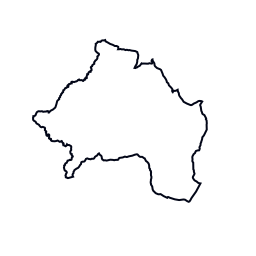 the district of Pupiales, Nariño, Colombia, rotated 117°
{"feature_id": "7082276B22938058716201", "entity_name": "Pupiales", "entity_type": "district", "adm_level": 2, "iso_a3": "COL", "parent_name": "Colombia", "parent_adm1": "Nariño", "projection": "albers", "projection_center": [-77.621, 0.918], "detail": "fine", "context": "isolated", "style": "outline", "palette": "ink", "viewbox_px": 256, "rotation_deg": 117, "n_neighbors": 0, "source": "geoboundaries", "source_scale": "gbopen_adm2", "svg_char_len": 5875}
<svg xmlns="http://www.w3.org/2000/svg" viewBox="0 0 256 256"><g transform="rotate(117 128 128)"><path d="M172.4,61.4L171.6,61.3L171.2,60.7L171.2,59.3L170.3,53.9L169.0,49.7L166.5,46.1L166.2,45.3L166.0,44.5L166.3,42.0L166.2,40.4L165.5,39.9L164.4,39.7L161.4,39.6L153.8,38.5L144.5,38.3L144.9,39.6L145.0,40.7L144.5,42.6L144.5,44.5L144.1,45.8L143.0,47.5L142.4,47.9L141.6,48.0L139.2,47.9L138.5,48.0L137.1,49.4L135.7,50.2L135.2,51.0L129.2,54.2L128.7,55.2L128.2,55.7L126.4,56.4L125.1,57.3L124.0,57.7L122.5,57.6L121.8,57.7L119.7,56.9L118.5,57.1L117.6,57.0L116.4,55.8L115.6,54.5L115.0,54.5L113.8,54.7L112.7,55.6L110.3,55.6L108.9,56.3L107.5,56.3L106.7,56.6L106.0,56.6L104.0,57.0L102.7,57.5L102.0,57.5L101.3,57.2L99.6,57.0L93.7,57.1L89.3,59.5L88.1,59.9L85.6,61.4L84.7,62.7L84.0,62.7L81.8,65.8L81.7,67.7L81.4,68.4L80.5,69.1L79.4,70.5L76.1,72.8L75.0,74.0L74.6,74.2L73.8,74.2L70.7,73.9L70.7,74.7L71.3,76.4L72.1,77.5L74.1,78.6L76.3,80.4L78.2,81.4L79.0,82.2L79.2,83.0L79.5,86.7L79.4,90.3L77.8,93.0L77.4,94.2L76.0,96.8L75.2,97.7L73.9,98.5L72.8,100.1L71.4,101.1L73.0,102.2L73.8,103.3L74.0,104.1L74.3,104.3L75.7,104.4L75.4,105.1L74.7,105.6L73.6,105.8L73.3,106.1L72.5,107.6L71.4,110.9L69.9,112.4L69.5,114.2L68.5,115.0L67.5,116.2L66.2,118.4L65.5,120.2L65.1,120.7L64.1,121.6L61.3,124.9L61.1,126.1L61.4,129.3L61.1,130.5L60.7,131.9L60.1,132.7L58.4,133.9L56.9,136.4L56.3,137.0L55.8,137.3L56.0,137.5L56.7,137.6L57.4,137.5L57.7,137.4L58.0,136.4L58.3,136.1L59.3,135.9L59.8,136.0L60.6,138.4L61.6,139.3L63.4,143.2L64.2,144.5L64.2,145.2L67.3,145.8L68.7,146.9L70.1,147.6L70.7,148.5L71.2,148.6L71.5,149.4L69.8,149.5L67.1,149.3L64.9,149.8L63.0,150.7L61.8,150.7L61.3,150.8L58.5,151.9L58.0,152.3L57.1,153.4L56.2,154.1L56.1,154.4L56.2,156.6L57.4,159.9L57.9,162.1L58.5,162.9L58.8,164.5L59.7,165.6L59.8,167.4L60.8,169.3L61.0,170.6L61.7,171.4L62.3,172.5L62.0,172.5L60.1,173.6L60.1,175.3L60.9,176.9L60.8,179.3L61.2,182.1L61.0,184.9L61.0,187.2L60.0,188.3L60.7,188.9L61.6,190.6L62.3,191.3L63.1,191.3L63.9,191.8L64.0,192.6L64.6,193.3L64.8,194.0L66.4,194.3L67.7,195.0L68.5,194.4L71.0,193.7L73.3,192.6L74.1,191.8L74.4,191.0L74.9,189.4L75.0,187.8L75.3,187.5L75.8,187.2L77.0,187.3L78.2,187.8L79.5,187.0L80.6,186.9L82.1,187.3L82.8,187.8L83.7,187.7L84.8,188.0L86.1,187.2L87.9,188.2L88.4,188.3L89.3,188.0L90.0,188.5L90.6,188.7L91.1,188.5L91.7,187.6L92.6,186.9L93.2,186.7L94.1,187.3L94.9,186.8L95.1,187.0L95.5,188.0L96.3,188.3L96.7,188.3L98.2,187.9L98.5,188.6L98.9,188.3L99.5,188.6L100.6,188.2L101.2,188.3L101.9,187.5L102.3,187.4L102.5,187.6L102.6,188.3L102.9,188.7L103.6,188.7L104.4,188.2L104.7,188.4L104.9,189.1L106.3,189.2L106.5,189.4L106.3,190.9L107.3,192.6L107.0,193.6L107.8,194.0L108.1,194.4L108.7,194.4L109.9,195.1L110.2,195.6L111.5,196.8L112.1,198.8L112.6,199.3L113.2,199.2L113.5,198.5L113.8,198.4L114.2,199.1L114.8,199.4L115.3,200.2L115.8,200.6L116.6,200.4L117.0,201.0L117.5,201.1L117.8,200.9L118.1,200.0L118.5,199.9L118.8,200.3L118.7,200.9L119.3,200.7L119.6,201.0L120.2,201.1L120.5,201.7L121.2,202.1L122.9,202.1L123.8,202.8L125.4,202.1L125.8,202.2L126.3,202.7L127.2,202.5L128.1,203.0L129.1,202.6L130.3,203.0L131.3,202.5L132.8,203.0L133.6,202.4L135.5,203.2L136.2,203.3L139.3,202.6L142.4,202.1L143.1,202.2L145.9,203.4L147.1,204.4L148.4,205.0L150.2,205.5L150.3,205.8L149.3,206.6L149.6,207.7L150.6,208.5L151.0,209.4L152.1,211.0L152.0,211.7L152.2,212.4L153.0,213.6L153.6,215.2L154.1,215.7L154.9,216.2L155.5,216.4L156.7,216.4L158.7,216.2L159.3,216.5L160.5,217.7L160.9,217.2L161.9,217.3L163.8,216.2L164.3,214.9L164.3,213.5L164.7,212.6L165.4,211.8L165.5,211.3L165.5,209.7L165.6,208.7L166.0,208.1L166.7,206.4L166.6,205.4L165.7,204.5L165.5,202.3L165.9,201.8L167.6,201.1L168.2,199.3L168.5,199.1L169.1,199.3L169.4,199.1L169.8,198.5L171.1,197.7L171.6,197.2L171.7,196.4L171.3,196.3L170.0,196.2L169.7,195.8L169.8,195.3L170.1,194.9L171.3,194.5L172.0,193.9L172.6,194.0L173.1,193.7L173.3,192.9L172.7,191.7L173.1,191.3L173.9,191.1L174.2,190.3L174.0,189.4L173.2,187.5L172.4,186.3L171.1,185.0L171.3,182.6L170.9,182.0L170.0,181.5L169.7,181.2L169.8,180.9L170.7,180.0L170.8,178.9L171.0,178.4L171.3,178.3L171.6,178.6L172.7,177.8L172.4,177.2L172.6,176.8L172.6,175.3L172.0,175.0L170.2,175.0L170.6,173.9L169.9,172.9L170.0,170.6L170.5,170.0L172.3,169.3L173.4,168.6L174.9,168.8L175.5,168.6L176.8,167.6L177.0,167.0L176.8,166.3L177.7,165.9L177.9,165.0L178.4,164.3L178.6,164.2L179.5,164.7L181.8,164.0L182.5,164.4L182.9,165.6L184.0,166.2L184.5,167.0L186.8,166.8L187.5,167.4L188.1,167.7L188.6,167.7L189.4,167.3L190.4,167.9L191.3,167.3L192.4,167.1L194.3,165.4L194.6,164.8L194.5,164.1L194.8,163.0L195.3,162.4L195.8,162.3L197.2,162.4L197.7,162.2L198.6,162.2L199.2,161.5L199.9,161.3L200.1,161.0L200.2,160.5L199.9,159.8L200.0,159.1L199.7,158.5L196.3,154.8L195.7,155.6L194.8,156.2L193.8,156.3L193.0,156.1L191.5,156.7L190.6,156.5L189.8,156.6L187.5,155.4L186.4,154.5L184.9,154.0L182.8,153.9L181.5,153.5L180.0,154.0L179.5,154.0L178.6,153.2L178.2,152.4L177.6,151.7L177.0,151.5L174.6,151.4L173.6,150.5L173.4,148.7L173.0,147.9L172.8,147.0L172.0,146.5L171.0,144.7L170.4,144.4L168.6,144.3L167.0,143.4L166.5,143.0L164.9,142.9L163.8,142.3L164.6,141.1L164.9,139.2L165.7,138.3L166.8,137.6L167.7,136.6L167.7,135.7L167.9,135.3L167.9,134.9L167.2,133.9L166.7,132.2L164.3,129.4L163.2,126.8L163.0,125.7L162.3,125.0L161.0,122.6L160.5,122.3L159.3,122.4L158.5,122.0L156.6,119.3L154.9,117.8L154.5,116.1L154.1,115.5L152.9,114.4L150.7,111.6L148.7,109.8L147.5,108.3L147.3,107.8L147.3,107.3L148.0,105.7L148.2,104.3L148.1,103.8L147.3,102.3L147.4,101.0L147.6,100.2L147.5,99.3L149.2,97.1L149.5,95.4L150.2,93.7L150.5,93.3L151.7,92.2L154.0,90.9L154.5,89.8L155.4,89.4L156.1,87.9L156.7,87.7L157.4,87.1L158.4,86.8L159.9,85.9L160.8,85.0L162.1,84.4L163.7,84.1L164.7,83.6L165.8,83.3L166.8,82.7L167.4,82.0L168.0,81.8L169.1,79.9L171.7,78.0L172.7,76.5L172.8,75.6L173.2,74.8L173.5,73.4L173.3,71.0L173.0,70.3L172.1,68.9L172.5,65.3L172.4,61.4Z" fill="none" stroke="#020617" stroke-width="2"/></g></svg>